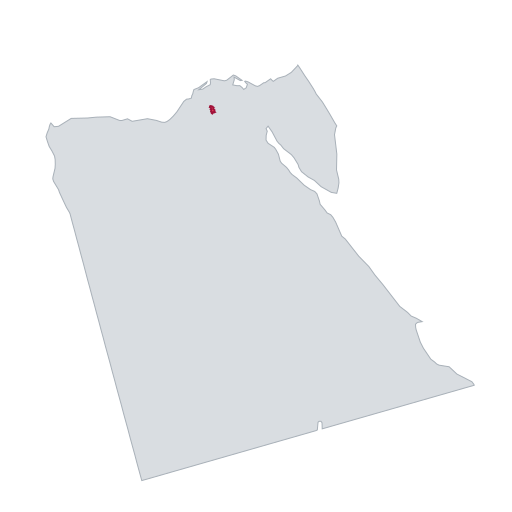 location of Kafr Al-Zayyat, Al Gharbiyah, Egypt, rotated 344°
{"feature_id": "37247803B98548852573050", "entity_name": "Kafr Al-Zayyat", "entity_type": "district", "adm_level": 2, "iso_a3": "EGY", "parent_name": "Egypt", "parent_adm1": "Al Gharbiyah", "projection": "equal_earth", "projection_center": [30.818, 30.807], "detail": "fine", "context": "in_parent", "style": "filled", "palette": "rose", "viewbox_px": 512, "rotation_deg": 344, "n_neighbors": 0, "source": "geoboundaries", "source_scale": "gbopen_adm2", "svg_char_len": 4996}
<svg xmlns="http://www.w3.org/2000/svg" viewBox="0 0 512 512"><g transform="rotate(344 256 256)"><path d="M430.1,440.4L420.6,440.4L411.1,440.4L401.5,440.4L392.0,440.4L382.4,440.4L372.9,440.4L363.3,440.4L353.8,440.4L344.3,440.4L334.7,440.4L325.2,440.4L315.6,440.4L306.1,440.4L296.5,440.4L287.0,440.4L277.5,440.4L272.0,440.4L272.9,436.9L273.5,434.5L272.9,432.8L271.0,432.3L269.8,432.9L267.0,440.1L265.5,440.4L262.1,440.4L251.0,440.4L239.8,440.4L228.7,440.4L217.6,440.4L206.5,440.4L195.4,440.4L184.3,440.4L173.2,440.4L162.1,440.4L151.0,440.4L139.9,440.4L128.7,440.4L117.6,440.4L106.5,440.4L95.4,440.4L84.3,440.4L84.4,431.6L84.5,422.9L84.7,414.1L84.8,405.4L84.9,396.7L85.1,388.0L85.2,379.3L85.3,370.5L85.5,361.9L85.6,353.2L85.7,344.5L85.9,335.8L86.0,327.2L86.2,318.5L86.3,309.9L86.4,301.2L86.6,292.6L86.7,284.0L86.9,275.4L87.0,266.8L87.2,258.2L87.3,249.6L87.5,241.0L87.6,232.5L87.8,223.9L88.0,215.4L88.1,206.8L88.3,198.3L88.4,189.8L88.6,181.3L88.7,172.8L88.9,164.3L88.7,162.7L87.2,157.0L86.0,149.7L84.6,140.7L84.5,137.8L82.0,128.6L81.9,125.9L82.6,124.1L87.0,116.3L88.3,112.6L89.5,108.0L89.9,104.4L88.8,98.8L87.4,93.7L87.1,88.6L87.0,83.5L89.2,80.1L91.9,76.8L92.9,74.8L94.4,72.6L95.5,71.6L97.6,76.1L101.9,76.9L116.3,72.8L132.0,76.9L140.7,78.5L154.1,81.9L162.2,88.1L164.4,88.8L170.3,88.7L174.1,92.4L189.5,94.1L197.6,98.2L202.3,101.4L205.1,102.4L207.5,102.2L210.9,101.0L215.1,98.7L219.7,95.6L229.2,87.5L232.5,86.1L234.7,86.5L237.4,86.4L238.5,84.2L239.9,82.7L240.8,81.0L242.2,78.9L247.2,78.4L257.0,74.9L255.9,76.5L246.9,80.4L250.8,80.9L254.7,79.6L259.2,78.7L260.0,77.1L260.6,73.9L261.5,73.5L264.6,74.1L273.9,78.9L276.2,79.0L282.7,76.4L284.1,75.8L286.2,77.3L291.0,83.3L289.3,83.1L284.2,78.0L283.7,80.6L280.8,85.1L284.5,87.0L287.4,87.8L289.1,90.3L290.1,92.5L293.0,91.6L295.1,88.5L294.0,86.8L293.3,85.0L294.2,85.0L296.3,86.4L302.2,92.2L304.2,93.4L306.4,93.2L311.2,91.6L312.5,91.9L318.9,89.7L319.7,91.3L320.7,92.9L325.9,91.1L334.0,91.1L340.6,89.2L348.2,84.7L348.8,84.0L349.2,85.1L350.2,88.2L352.6,96.2L354.7,102.4L357.3,111.1L358.1,114.5L358.5,116.8L362.3,126.3L364.5,134.2L366.2,140.6L368.5,149.9L369.5,153.2L368.0,154.9L364.9,161.0L361.8,180.3L357.1,195.5L356.7,205.0L355.9,208.5L353.7,213.3L350.9,218.0L345.9,215.6L337.7,207.3L332.9,199.4L327.8,194.3L323.0,187.5L321.7,182.7L321.7,179.6L319.6,172.0L318.0,168.4L312.1,160.4L310.4,156.1L309.1,154.2L307.9,151.5L305.7,141.1L303.4,134.5L300.8,136.3L301.2,139.1L299.0,142.9L297.6,147.4L298.7,151.0L303.5,156.6L304.4,159.0L305.6,164.3L305.4,171.5L306.2,173.9L309.8,179.3L311.1,182.4L311.9,185.2L313.1,187.6L316.7,192.3L321.8,201.2L326.7,207.2L330.2,210.1L331.7,213.0L332.1,220.4L331.9,224.0L335.0,230.8L336.2,234.2L339.2,236.9L340.6,240.1L341.9,245.3L343.9,260.6L346.5,264.3L354.7,284.5L361.6,297.3L365.0,306.9L370.1,318.5L380.3,344.1L386.2,352.1L388.6,356.5L392.9,360.0L397.6,364.9L393.2,364.4L392.1,364.7L390.5,365.6L389.8,368.6L389.6,371.1L390.2,384.1L391.5,390.8L395.6,403.4L398.5,407.2L399.9,409.6L401.9,411.4L411.1,415.7L416.6,424.9L428.9,436.4L430.1,439.6L430.1,440.4Z" fill="#d9dde1" stroke="#a8b0b8" stroke-width="1"/><path d="M252.9,99.4L252.9,99.5L253.0,99.6L253.0,99.8L253.1,100.1L252.9,100.0L252.7,99.9L252.5,100.2L252.4,100.3L252.5,100.4L252.6,100.5L252.8,100.6L253.0,100.6L253.3,100.8L253.4,101.0L253.5,101.1L253.5,101.3L253.5,101.5L253.4,101.6L253.3,101.8L253.2,102.0L252.9,102.3L252.7,102.4L252.6,102.5L252.8,102.7L253.0,102.7L253.2,102.4L253.3,102.4L253.5,102.4L253.8,102.5L254.0,102.6L254.0,102.8L253.9,102.9L253.9,103.0L253.7,103.0L253.4,103.2L253.3,103.4L253.3,103.5L253.1,103.7L253.0,103.8L252.8,103.9L252.7,104.1L252.4,104.4L252.4,104.5L252.4,104.8L252.5,104.9L252.5,105.0L252.8,105.0L252.8,104.9L253.0,104.8L253.3,104.8L253.4,105.0L253.5,105.2L253.5,105.3L253.6,105.5L253.5,105.8L253.4,105.9L253.3,106.0L253.2,106.1L252.9,106.3L252.7,106.3L252.6,106.5L252.8,106.8L253.0,107.0L253.3,107.3L253.4,107.2L253.5,107.1L253.6,106.9L253.7,106.7L253.8,106.6L254.0,106.6L254.0,106.4L254.0,106.2L254.1,105.9L254.2,106.0L254.3,106.1L254.2,106.3L254.3,106.4L254.3,106.5L254.5,106.5L254.8,106.6L254.9,106.3L254.9,106.2L255.0,106.2L255.1,105.9L255.3,106.0L255.3,106.3L255.4,106.5L255.5,106.6L255.9,106.5L256.0,106.5L255.9,106.4L256.0,106.3L256.3,106.3L256.3,106.2L256.2,106.0L256.2,105.9L256.3,105.8L256.3,105.7L256.2,105.6L256.2,105.4L256.2,105.2L256.2,104.9L256.3,104.7L256.2,104.7L256.3,104.4L256.3,104.1L256.3,103.9L256.2,103.8L255.9,103.8L255.9,103.7L255.8,103.4L255.7,103.4L255.7,103.2L255.8,103.0L255.8,102.9L255.9,102.7L255.9,102.3L255.9,102.2L255.8,101.9L255.7,101.9L255.7,101.7L255.8,101.7L256.0,101.5L255.9,101.4L255.9,101.2L256.0,101.2L255.9,101.1L255.7,101.1L255.7,100.9L255.7,100.7L255.7,100.4L255.4,100.3L255.3,100.5L255.2,100.5L255.0,100.4L255.1,100.2L255.0,99.9L254.9,99.8L254.9,99.7L254.7,99.6L254.4,99.5L254.2,99.6L254.3,99.9L254.3,100.0L254.2,100.0L254.2,99.9L254.0,99.7L253.9,99.7L253.9,99.4L253.9,99.2L253.6,99.1L253.5,99.3L253.4,99.3L253.4,99.5L253.2,99.4L252.9,99.4Z" fill="#f43f5e" stroke="#9f1239" stroke-width="1.5"/></g></svg>